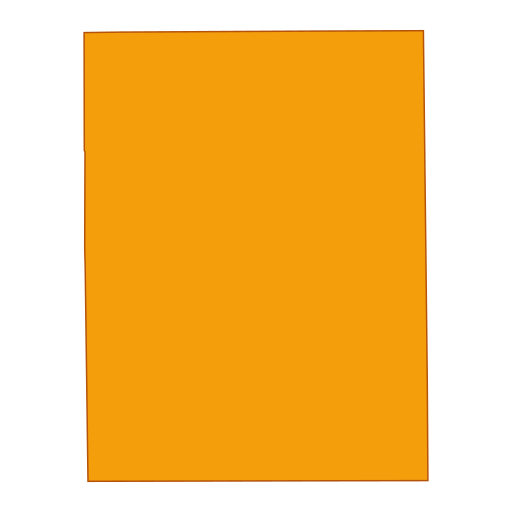 Rush, Indiana, United States of America (Equal Earth projection)
{"feature_id": "52423323B39033291847900", "entity_name": "Rush", "entity_type": "district", "adm_level": 2, "iso_a3": "USA", "parent_name": "United States of America", "parent_adm1": "Indiana", "projection": "equal_earth", "projection_center": [-85.493, 39.62], "detail": "fine", "context": "isolated", "style": "filled", "palette": "amber", "viewbox_px": 512, "rotation_deg": 0, "n_neighbors": 0, "source": "geoboundaries", "source_scale": "gbopen_adm2", "svg_char_len": 278}
<svg xmlns="http://www.w3.org/2000/svg" viewBox="0 0 512 512"><path d="M427.9,480.6L427.3,383.3L423.4,30.7L313.4,31.1L121.5,32.1L84.1,32.6L84.3,150.5L85.0,151.8L84.7,248.4L85.2,268.0L88.0,481.3L309.0,480.8L427.9,480.6Z" fill="#f59e0b" stroke="#b45309" stroke-width="1.5"/></svg>